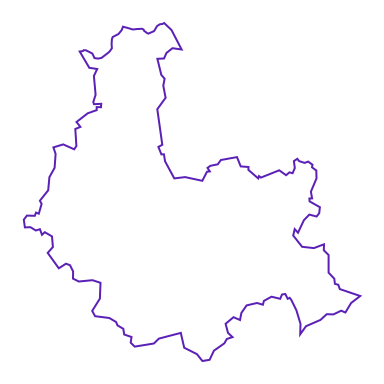 the district of Kumanovo, Staro Nagoričane, North Macedonia
{"feature_id": "65306769B55307449205038", "entity_name": "Kumanovo", "entity_type": "district", "adm_level": 2, "iso_a3": "MKD", "parent_name": "North Macedonia", "parent_adm1": "Staro Nagoričane", "projection": "equal_earth", "projection_center": [21.797, 42.114], "detail": "fine", "context": "isolated", "style": "outline", "palette": "violet", "viewbox_px": 384, "rotation_deg": 0, "n_neighbors": 0, "source": "geoboundaries", "source_scale": "gbopen_adm2", "svg_char_len": 2445}
<svg xmlns="http://www.w3.org/2000/svg" viewBox="0 0 384 384"><path d="M360.2,296.0L339.8,289.1L338.3,284.8L334.9,283.8L334.3,278.7L328.6,272.7L328.6,255.0L323.8,250.3L324.0,244.3L313.9,248.1L302.1,246.8L293.2,235.5L294.7,229.1L298.0,232.7L303.9,220.2L309.3,214.6L316.6,216.5L319.2,213.2L319.9,207.2L309.6,201.4L309.4,198.5L312.1,198.4L310.9,191.7L316.5,178.4L316.3,170.5L312.0,167.3L312.5,164.7L308.2,161.6L304.6,162.9L299.1,161.1L297.3,158.8L293.9,161.1L294.8,168.1L292.6,173.2L289.4,172.4L286.1,175.2L279.2,170.3L260.9,177.6L259.0,176.1L258.2,178.4L248.4,169.9L248.5,167.0L240.7,166.4L237.0,157.1L220.9,160.0L217.8,164.3L210.4,165.8L207.5,167.9L209.8,171.4L207.0,171.7L202.3,180.8L185.1,177.1L174.3,178.4L165.1,161.4L163.9,154.3L161.4,154.4L158.4,146.9L162.3,144.8L157.3,109.2L165.6,97.8L163.3,85.7L164.6,78.7L161.3,74.9L157.4,58.8L164.0,58.5L166.5,52.9L172.5,48.2L181.6,49.5L171.5,30.0L164.1,23.0L162.4,24.0L160.1,24.2L157.4,25.8L156.4,27.1L154.9,29.8L153.9,31.2L151.6,32.2L148.3,33.6L147.1,33.1L145.7,32.0L144.1,30.8L143.6,29.6L142.6,29.0L141.6,28.8L137.9,29.0L137.3,29.0L132.9,29.5L127.1,27.8L123.0,26.7L121.7,30.1L118.5,34.0L112.7,37.0L111.9,39.1L111.6,44.2L111.9,48.2L110.2,50.7L109.0,52.1L107.9,53.0L101.5,57.9L98.2,58.6L94.5,58.1L92.4,53.6L90.2,52.4L85.9,50.3L83.7,50.2L82.8,51.1L79.7,51.5L89.3,67.8L97.2,69.0L93.9,76.0L95.6,94.8L93.3,102.0L94.0,104.2L101.2,103.8L101.0,107.2L96.7,107.1L96.7,110.1L87.7,113.3L76.5,122.0L80.4,126.9L75.3,129.0L76.4,146.0L74.2,149.3L63.2,144.4L53.4,147.4L55.6,153.9L54.6,167.8L49.4,177.2L48.2,190.3L39.9,200.7L41.6,203.9L38.8,213.7L36.0,212.6L34.8,215.8L26.9,215.6L23.8,219.7L24.9,227.4L30.5,227.2L35.8,230.5L39.9,229.2L42.0,234.8L44.8,232.2L52.0,236.4L52.9,247.0L47.7,252.9L58.8,268.3L66.0,263.7L70.0,265.2L73.1,271.4L73.0,278.6L78.8,281.5L92.5,280.2L100.5,282.8L99.9,298.6L92.2,310.9L95.1,316.2L109.3,318.0L116.1,322.0L117.5,325.4L123.3,328.8L124.2,334.5L131.5,337.0L130.7,342.7L134.7,346.6L153.9,343.5L158.9,338.6L180.8,332.9L184.2,347.7L197.0,354.2L202.4,361.0L209.6,359.8L213.9,350.7L224.4,343.3L226.8,339.0L232.5,337.1L228.0,332.9L225.6,323.8L233.5,317.2L240.0,320.0L241.4,312.9L246.6,305.4L257.0,303.0L262.9,304.7L263.9,300.9L271.5,296.7L280.2,298.8L282.0,294.5L285.3,294.0L287.7,298.8L289.7,297.8L291.4,300.1L296.4,310.3L300.5,323.9L300.2,334.3L306.0,326.2L320.5,319.9L326.7,314.2L333.4,314.4L341.2,310.7L345.4,312.5L351.1,303.0L360.2,296.0Z" fill="none" stroke="#5b21b6" stroke-width="2"/></svg>